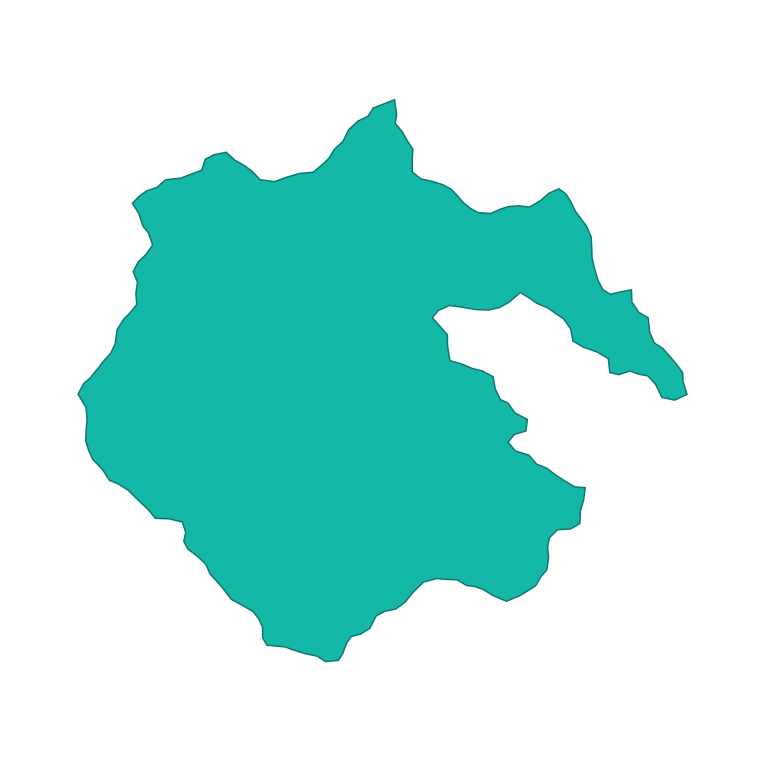 the district of Ouro Branco, Minas Gerais, Brazil, rotated 188°
{"feature_id": "56859067B93796062388454", "entity_name": "Ouro Branco", "entity_type": "district", "adm_level": 2, "iso_a3": "BRA", "parent_name": "Brazil", "parent_adm1": "Minas Gerais", "projection": "orthographic", "projection_center": [-43.694, -20.527], "detail": "fine", "context": "isolated", "style": "filled", "palette": "teal", "viewbox_px": 768, "rotation_deg": 188, "n_neighbors": 0, "source": "geoboundaries", "source_scale": "gbopen_adm2", "svg_char_len": 2781}
<svg xmlns="http://www.w3.org/2000/svg" viewBox="0 0 768 768"><g transform="rotate(188 384 384)"><path d="M82.5,415.9L88.3,428.3L89.8,436.6L95.9,443.1L103.0,449.6L112.8,457.9L122.0,462.3L128.2,472.4L131.6,486.3L141.6,490.4L149.9,499.6L152.1,511.7L163.2,507.9L172.4,504.3L180.3,507.9L186.4,516.2L191.5,527.4L195.5,537.7L197.6,549.8L199.3,558.5L205.5,568.6L212.0,575.1L218.4,581.6L224.5,590.6L230.2,597.5L238.0,601.6L247.0,596.0L254.6,587.4L264.5,579.4L275.2,579.2L285.2,577.1L293.1,573.3L302.1,567.7L314.7,566.8L323.0,570.0L330.8,574.7L337.7,580.8L344.7,586.3L353.5,589.5L363.4,591.3L375.9,592.2L385.4,597.8L387.3,610.3L388.1,620.6L394.7,628.0L401.1,636.3L409.2,643.7L408.9,652.2L413.1,667.0L424.1,660.8L433.1,655.8L437.1,646.9L446.1,641.0L454.4,630.9L458.3,618.8L465.7,609.6L470.1,599.6L475.3,593.1L483.5,583.9L497.0,580.7L508.3,575.6L520.8,569.1L535.2,569.1L544.1,576.2L552.4,580.7L562.9,584.9L572.5,591.5L584.7,587.2L592.3,581.6L594.2,570.2L602.5,565.9L613.8,559.6L628.8,555.8L636.3,547.0L645.8,542.3L652.4,536.0L658.3,528.0L650.5,518.6L644.6,506.7L638.5,501.1L632.4,489.5L637.7,479.2L644.5,470.4L648.0,460.3L642.3,450.5L642.3,439.0L639.9,428.3L645.8,418.6L650.7,412.1L655.8,400.9L655.8,386.3L658.9,376.5L665.5,366.6L670.2,358.3L675.8,349.1L681.4,342.6L685.5,331.4L675.8,319.1L673.0,307.3L672.5,297.2L671.5,286.0L667.2,277.2L662.0,268.9L650.7,260.0L642.4,250.4L633.4,248.1L622.9,243.4L610.8,234.5L600.4,227.1L591.7,219.2L577.8,220.6L564.4,219.2L559.7,209.4L560.4,200.4L555.3,193.3L544.8,187.4L535.3,180.7L529.7,171.5L520.6,164.1L512.7,157.0L505.4,149.6L492.4,144.7L481.9,140.4L475.3,133.9L470.5,126.5L468.8,115.8L463.6,109.0L454.1,109.5L445.5,109.9L437.7,108.1L425.4,106.1L412.3,105.2L403.2,101.0L390.7,103.9L387.3,111.7L385.1,121.8L381.2,129.4L372.6,133.0L364.1,140.0L359.4,153.4L351.6,159.0L341.1,162.8L332.6,171.1L326.0,182.1L317.4,193.3L304.7,198.7L294.2,199.3L283.9,200.2L274.4,196.0L264.8,196.0L257.0,194.2L246.8,189.7L232.6,185.9L220.5,193.0L212.7,199.3L205.7,205.4L201.8,215.0L196.9,222.6L196.9,235.0L199.3,245.7L198.8,254.9L191.9,263.8L178.9,266.5L170.6,273.2L171.9,285.4L170.2,296.6L170.3,309.3L180.9,308.7L193.1,313.8L202.7,318.5L211.0,323.2L221.8,325.9L230.5,333.6L244.5,336.0L253.1,343.6L247.9,352.2L236.9,357.3L237.1,368.8L250.1,373.5L258.7,382.4L266.5,384.7L273.1,394.5L277.0,406.4L288.2,410.6L298.3,411.6L310.3,414.7L322.0,416.3L326.4,430.6L328.1,441.6L337.4,449.6L345.5,456.4L340.4,464.4L329.9,470.9L317.3,470.9L303.6,470.5L290.5,471.8L280.1,475.9L271.3,482.6L261.8,493.6L253.0,489.8L244.1,485.3L232.2,482.1L223.9,477.7L215.3,473.6L206.7,464.4L202.8,452.8L192.0,448.3L177.6,445.4L165.4,440.4L162.0,426.8L152.9,425.9L142.4,431.0L132.9,429.2L123.8,428.7L115.0,421.5L106.9,409.4L93.9,408.5L82.5,415.9Z" fill="#14b8a6" stroke="#0f766e" stroke-width="1.5"/></g></svg>